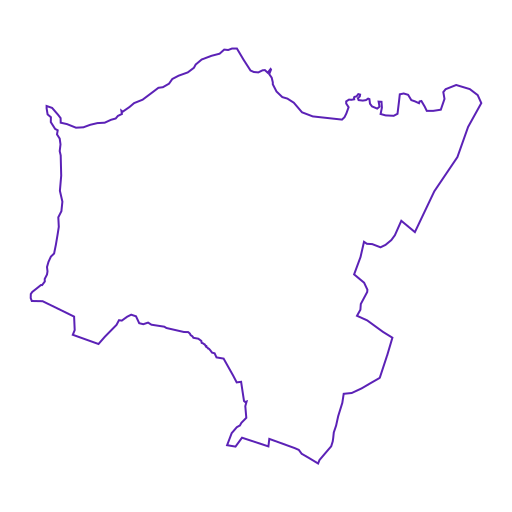 Leimatu'a, Vava'u, Tonga
{"feature_id": "48082658B84329148637899", "entity_name": "Leimatu'a", "entity_type": "district", "adm_level": 2, "iso_a3": "TON", "parent_name": "Tonga", "parent_adm1": "Vava'u", "projection": "robinson", "projection_center": [-173.972, -18.596], "detail": "fine", "context": "isolated", "style": "outline", "palette": "violet", "viewbox_px": 512, "rotation_deg": 0, "n_neighbors": 0, "source": "geoboundaries", "source_scale": "gbopen_adm2", "svg_char_len": 3048}
<svg xmlns="http://www.w3.org/2000/svg" viewBox="0 0 512 512"><path d="M318.1,463.5L319.5,460.0L327.5,450.6L331.2,446.3L332.7,441.5L333.2,438.1L333.8,432.4L336.1,425.6L338.2,416.1L342.3,402.9L343.7,393.8L351.7,393.0L361.6,388.4L369.6,383.7L379.2,378.2L379.8,377.7L386.8,356.4L387.0,356.3L386.9,356.3L392.4,337.7L383.0,331.9L367.2,320.4L357.0,315.8L360.4,309.7L360.8,304.0L367.2,292.0L367.4,289.7L364.1,282.7L354.1,274.4L360.5,257.1L364.0,241.8L366.9,243.8L372.2,244.1L380.5,247.3L385.5,244.9L391.3,240.1L394.9,235.2L401.3,220.8L414.9,232.1L434.3,191.3L457.4,157.1L468.1,126.9L481.3,103.1L477.7,95.1L469.8,89.1L456.2,85.0L445.6,89.2L443.3,92.1L444.5,98.9L440.8,109.7L433.0,110.9L426.8,110.9L424.7,106.6L421.4,101.0L419.6,101.4L419.0,103.2L414.8,101.3L411.3,100.1L408.1,94.8L403.7,93.5L399.8,94.3L398.9,102.3L397.5,113.8L393.7,115.8L385.6,115.4L380.6,114.0L381.9,107.6L381.5,101.8L378.6,101.6L379.5,106.7L377.2,108.6L372.0,106.4L370.0,103.7L369.4,99.1L368.1,98.6L366.0,100.1L362.8,100.6L358.6,100.1L357.9,98.3L359.8,96.4L360.1,94.6L358.3,94.1L356.5,96.4L354.4,96.9L354.0,97.8L354.2,99.3L351.3,99.8L349.0,99.6L346.2,101.4L346.2,103.5L348.6,107.2L346.3,113.6L344.5,117.2L342.0,119.6L312.7,116.4L309.9,115.3L302.0,112.3L293.8,102.7L287.4,98.6L282.3,97.1L276.5,91.5L272.8,84.3L272.8,82.3L271.7,77.7L269.2,74.1L271.0,69.6L270.6,69.0L267.7,72.7L264.9,70.1L262.6,70.3L258.3,72.4L253.8,72.0L250.5,70.5L243.6,59.8L236.9,48.5L232.1,48.5L228.2,50.0L224.2,49.6L219.6,53.7L211.5,55.8L201.7,59.5L195.7,64.5L193.9,67.8L187.8,72.4L178.6,75.7L172.3,79.0L169.0,83.7L162.9,87.2L158.4,87.8L153.0,91.9L142.6,99.7L134.1,103.1L129.5,107.0L122.7,111.7L121.4,110.7L121.9,114.0L117.9,115.9L115.7,118.5L111.0,119.8L104.7,122.7L97.4,123.1L90.2,124.8L83.4,127.3L76.0,127.7L67.0,124.1L60.7,122.7L60.6,118.1L58.0,114.7L52.1,107.9L46.6,106.0L46.6,108.3L47.6,114.4L50.9,117.2L50.8,122.1L55.1,128.9L57.7,130.3L57.0,134.4L59.7,138.6L60.5,144.4L59.7,151.1L60.7,155.4L61.2,175.7L59.9,190.8L62.4,201.7L61.4,211.2L58.3,217.3L58.8,226.8L57.7,233.9L55.9,244.6L54.1,253.5L50.9,256.6L48.5,261.8L47.0,267.0L47.5,271.4L47.0,274.5L44.7,279.0L44.8,281.5L42.1,285.1L41.0,285.0L36.5,288.6L32.3,291.9L30.8,294.0L30.7,298.1L31.8,301.0L42.6,301.2L74.1,316.6L74.7,330.1L72.8,334.8L98.5,344.0L104.9,336.7L110.1,331.4L116.5,324.9L119.0,320.2L121.8,320.6L127.2,316.7L131.2,314.7L136.0,316.3L139.2,323.2L143.3,324.2L148.1,322.6L151.4,324.7L164.3,326.7L166.4,328.0L183.9,332.0L188.2,332.1L189.9,333.6L190.6,335.1L192.4,336.3L193.4,337.8L198.3,338.7L201.3,340.9L201.7,342.9L203.0,343.3L203.9,344.1L204.5,344.2L205.5,345.7L206.1,345.9L205.9,346.4L206.4,347.1L207.5,347.5L208.1,348.5L209.0,348.8L210.4,350.4L212.0,352.6L214.6,353.3L216.5,357.4L223.6,358.6L232.7,374.8L232.9,375.1L236.7,382.4L241.1,381.8L242.2,389.1L244.0,401.0L245.2,402.0L246.6,401.5L245.3,406.2L246.3,417.8L241.4,422.8L239.9,425.5L238.9,426.0L236.8,427.2L231.7,433.1L227.1,445.2L235.5,446.6L242.0,437.7L268.4,446.4L269.3,438.9L294.7,448.1L298.8,449.9L301.7,453.8L309.0,458.0L318.1,463.5Z" fill="none" stroke="#5b21b6" stroke-width="2"/></svg>